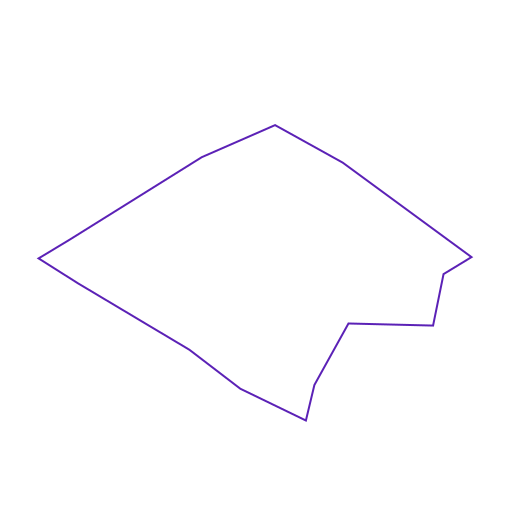 Čair, Natural Earth projection, rotated 299°
{"feature_id": "MKD-2913", "entity_name": "Čair", "entity_type": "Municipality", "adm_level": 1, "iso_a3": "MKD", "parent_name": "North Macedonia", "parent_adm1": "", "projection": "natural_earth1", "projection_center": [21.435, 41.994], "detail": "fine", "context": "isolated", "style": "outline", "palette": "violet", "viewbox_px": 512, "rotation_deg": 299, "n_neighbors": 0, "source": "natural_earth", "source_scale": "10m", "svg_char_len": 343}
<svg xmlns="http://www.w3.org/2000/svg" viewBox="0 0 512 512"><g transform="rotate(299 256 256)"><path d="M148.5,67.0L179.6,84.9L316.2,160.7L379.7,209.2L379.7,286.6L359.5,445.0L331.1,428.8L281.0,444.6L241.8,369.6L171.5,369.6L136.3,379.4L132.3,306.7L141.7,243.2L145.8,113.4L148.5,67.0Z" fill="none" stroke="#5b21b6" stroke-width="2"/></g></svg>